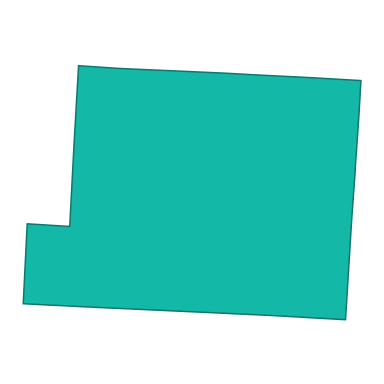 Calumet, Wisconsin, United States of America (Mercator projection), rotated 93°
{"feature_id": "52423323B78835319371150", "entity_name": "Calumet", "entity_type": "district", "adm_level": 2, "iso_a3": "USA", "parent_name": "United States of America", "parent_adm1": "Wisconsin", "projection": "mercator", "projection_center": [-88.247, 44.068], "detail": "fine", "context": "isolated", "style": "filled", "palette": "teal", "viewbox_px": 384, "rotation_deg": 93, "n_neighbors": 0, "source": "geoboundaries", "source_scale": "gbopen_adm2", "svg_char_len": 428}
<svg xmlns="http://www.w3.org/2000/svg" viewBox="0 0 384 384"><g transform="rotate(93 192 192)"><path d="M71.9,29.1L71.6,75.8L71.7,136.9L71.6,164.0L71.9,207.5L72.3,253.7L72.4,273.3L71.8,311.9L150.3,312.3L232.8,312.3L232.4,354.9L312.4,354.7L312.4,341.1L312.4,327.6L312.2,274.1L311.2,113.0L311.5,32.0L212.3,31.1L160.8,30.1L158.0,30.2L148.4,30.0L105.1,29.3L71.9,29.1Z" fill="#14b8a6" stroke="#0f766e" stroke-width="1.5"/></g></svg>